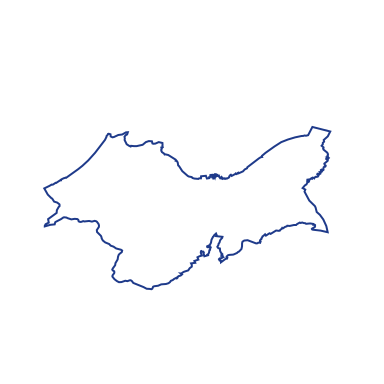 the district of Mueang Chon Buri, Chon Buri, Thailand, rotated 71°
{"feature_id": "78962969B92456210505100", "entity_name": "Mueang Chon Buri", "entity_type": "district", "adm_level": 2, "iso_a3": "THA", "parent_name": "Thailand", "parent_adm1": "Chon Buri", "projection": "equal_earth", "projection_center": [101.0, 13.351], "detail": "fine", "context": "isolated", "style": "outline", "palette": "blue", "viewbox_px": 384, "rotation_deg": 71, "n_neighbors": 0, "source": "geoboundaries", "source_scale": "gbopen_adm2", "svg_char_len": 6046}
<svg xmlns="http://www.w3.org/2000/svg" viewBox="0 0 384 384"><g transform="rotate(71 192 192)"><path d="M262.2,144.1L261.4,143.5L261.2,143.9L259.8,143.4L259.2,141.8L258.5,141.6L257.9,140.5L257.0,139.9L256.6,138.5L255.8,136.7L257.3,136.3L256.3,132.4L256.3,132.0L257.2,131.3L255.8,125.0L257.0,122.5L257.1,121.5L256.5,120.8L256.1,119.4L255.4,118.5L255.9,118.3L256.0,117.8L255.3,115.5L255.3,113.6L254.9,112.9L255.9,110.7L256.4,106.3L257.1,104.3L256.5,103.0L256.0,100.0L256.7,99.3L256.7,97.8L257.8,96.4L258.3,95.2L259.2,94.5L260.2,90.5L261.7,87.7L262.5,88.0L262.9,86.7L263.3,86.4L264.5,86.8L265.1,87.3L265.7,90.4L265.9,90.7L266.5,90.6L267.0,90.0L270.4,82.9L274.2,76.8L267.9,76.1L260.7,76.8L255.2,78.5L251.5,80.6L246.9,80.2L245.3,80.4L238.3,83.9L228.3,85.5L226.6,84.1L224.3,86.1L222.5,83.1L222.1,81.3L220.7,80.0L220.3,78.1L219.2,77.3L218.8,77.8L218.8,79.3L217.9,78.9L218.4,76.4L218.1,75.3L218.5,74.4L217.8,74.3L217.7,73.1L218.9,72.0L218.2,71.3L217.9,69.8L218.3,69.3L218.4,68.0L217.7,67.1L217.1,67.1L216.1,67.8L215.6,67.4L215.7,66.7L216.7,65.8L216.4,64.6L214.8,64.7L215.2,63.8L215.0,62.6L214.6,62.2L213.6,63.1L213.2,63.0L213.0,62.1L214.0,60.8L213.8,60.4L212.9,60.3L211.5,59.5L211.3,59.0L211.4,57.7L211.1,57.3L210.5,57.0L209.5,57.7L208.2,57.6L206.8,53.8L206.5,53.7L206.4,53.4L205.4,52.9L205.3,53.7L204.9,54.0L204.6,52.7L203.9,53.6L203.7,53.2L203.6,52.2L203.0,52.8L203.0,52.1L202.3,51.8L201.9,52.2L200.6,51.1L198.8,51.3L194.8,53.8L193.7,53.9L193.1,53.2L192.6,53.1L190.5,54.4L189.5,52.8L188.1,52.3L187.4,50.7L185.7,50.5L183.6,45.5L179.8,41.6L169.7,57.0L176.1,63.7L175.9,65.9L175.2,67.2L175.2,68.5L174.7,70.3L173.9,76.8L173.6,84.3L173.9,91.4L175.8,99.2L178.9,109.7L180.6,114.1L181.1,114.5L181.7,114.4L181.5,115.7L182.0,117.8L186.6,131.6L187.5,132.3L187.8,134.7L189.1,137.1L189.5,141.7L188.8,141.9L188.9,142.4L189.4,142.5L189.5,144.3L188.7,144.6L189.1,145.5L189.7,149.2L188.3,149.6L188.3,150.1L188.9,150.5L189.3,151.7L190.2,152.1L190.4,152.6L190.7,154.7L190.3,155.1L190.4,156.3L189.9,156.5L189.9,157.2L189.4,157.4L189.5,158.6L187.3,159.2L187.5,159.8L188.6,159.9L188.3,160.2L188.3,160.8L185.7,161.6L185.4,161.4L185.3,162.1L184.1,162.3L184.0,163.0L183.0,163.5L182.6,164.6L183.0,165.0L183.3,163.9L185.1,163.7L185.3,164.8L184.9,165.0L185.2,165.2L184.0,165.1L183.7,165.7L183.0,165.7L182.7,166.3L183.5,166.6L183.7,166.4L184.0,166.7L184.6,166.6L187.1,167.6L185.1,167.3L185.0,167.5L184.9,167.3L183.3,167.5L183.2,167.9L183.7,168.2L182.3,167.7L183.1,168.3L183.0,168.5L182.2,168.2L182.1,168.8L182.5,168.9L182.0,168.9L182.0,169.2L183.7,169.7L183.6,171.0L184.5,171.2L184.1,173.5L181.2,173.6L180.1,178.3L182.0,179.1L181.4,180.8L181.7,181.7L180.1,185.3L178.9,187.0L177.8,187.4L176.3,190.0L175.4,190.8L169.1,194.4L163.4,195.8L162.4,196.4L159.4,195.9L158.0,196.2L157.2,197.2L156.8,196.7L156.0,197.0L149.3,202.4L147.6,205.1L147.6,205.7L146.6,205.9L144.5,207.4L143.1,207.6L142.2,207.1L142.0,207.3L141.0,206.7L140.8,206.3L140.1,206.4L140.3,205.5L140.1,205.0L138.8,205.1L138.2,204.6L136.0,204.0L134.0,207.2L134.3,210.9L133.8,212.9L133.2,213.6L131.0,213.4L129.8,216.3L129.8,219.4L131.3,223.3L130.6,229.4L129.7,232.0L128.5,234.6L129.0,235.2L127.9,236.4L125.6,238.2L120.9,238.8L119.5,238.1L117.7,237.8L116.5,235.8L116.6,235.1L116.3,234.5L114.6,233.2L114.1,235.0L114.9,239.2L114.1,243.1L114.6,247.9L114.4,249.4L113.0,250.8L110.9,250.3L109.8,251.8L109.8,252.5L110.2,252.7L111.3,254.6L112.1,255.0L114.4,257.3L123.4,270.9L128.4,279.9L131.6,287.2L133.4,292.3L137.6,306.4L137.2,306.9L137.4,307.8L137.2,308.3L137.4,310.4L137.7,312.0L138.3,312.1L138.1,313.2L139.2,317.5L138.9,317.9L139.7,321.0L139.5,322.2L139.3,322.4L139.8,324.7L140.5,330.5L147.5,329.2L151.8,327.1L152.8,326.3L156.2,325.5L158.1,322.9L160.4,321.4L161.1,321.4L162.3,321.9L162.8,323.0L165.2,325.7L167.7,326.8L170.8,336.9L174.3,337.4L174.8,340.9L176.0,342.2L176.6,342.4L176.9,336.7L177.9,332.4L176.1,331.2L175.9,330.8L175.0,324.7L174.2,321.9L174.3,321.1L175.3,319.0L176.2,318.2L178.6,315.0L179.2,311.6L180.3,309.2L181.2,308.6L182.9,308.7L183.9,307.5L184.2,306.1L184.1,304.4L184.8,303.4L185.9,298.7L187.4,296.3L187.6,293.4L188.5,292.1L189.2,291.6L191.7,290.8L193.2,290.8L194.7,291.4L197.0,294.4L198.9,294.8L203.8,292.4L205.3,292.3L206.5,292.5L208.8,292.1L211.4,290.5L214.3,287.2L216.2,286.4L218.1,284.0L220.7,282.1L223.5,277.9L224.6,277.1L226.0,278.0L226.9,280.6L227.5,281.7L229.1,283.0L231.6,284.3L234.3,287.5L236.2,288.5L238.3,291.5L239.3,292.6L240.3,292.5L241.6,291.4L242.5,291.5L243.4,292.0L245.0,294.3L246.1,294.8L249.2,293.7L251.8,292.0L253.5,290.4L254.2,288.0L254.2,284.0L255.3,282.0L255.2,279.8L255.5,278.7L256.5,277.9L258.9,277.1L266.1,268.8L268.7,266.4L269.8,263.7L270.7,262.0L270.5,261.0L268.9,259.6L268.8,258.5L269.6,254.5L269.3,251.2L270.5,246.6L270.6,244.0L270.1,242.3L269.1,240.9L269.0,238.9L268.4,237.3L268.0,234.6L268.7,234.4L268.3,233.5L267.5,233.0L267.2,232.0L267.3,229.9L266.7,228.3L265.4,229.1L265.6,228.6L265.1,227.2L264.8,225.4L264.9,221.1L263.3,219.0L262.5,216.5L260.8,215.9L259.2,216.1L260.0,212.0L258.0,212.2L258.0,208.0L255.5,208.1L255.2,206.0L255.3,203.6L254.8,204.0L254.3,203.3L252.4,203.5L250.9,202.8L250.9,202.4L251.5,202.4L252.1,200.7L253.1,200.6L253.2,201.0L256.8,201.2L257.0,197.6L256.2,197.8L256.0,196.8L254.8,195.6L252.7,194.5L252.6,193.8L251.5,193.3L250.4,192.3L250.1,192.4L249.7,193.2L249.5,194.9L249.0,195.5L248.3,195.4L247.9,192.1L247.4,191.9L246.2,190.6L243.5,189.1L241.2,186.7L241.0,186.1L240.2,185.3L239.1,182.8L240.9,182.7L241.6,183.5L244.3,177.8L245.2,178.4L246.4,180.6L247.3,181.5L248.7,182.4L249.7,183.8L250.6,184.2L252.1,185.9L253.7,185.4L254.5,184.0L256.8,184.6L258.8,184.4L260.3,183.7L260.5,184.4L261.9,185.0L262.1,183.8L262.8,183.8L263.4,184.3L263.8,183.9L264.3,186.7L263.9,186.8L263.8,187.5L264.3,188.4L265.8,188.2L266.5,187.1L267.9,187.5L266.1,181.9L266.4,180.6L265.7,180.0L265.0,180.5L264.3,180.3L263.5,178.5L263.6,177.2L264.6,173.5L264.6,172.7L264.3,169.3L263.8,168.3L263.6,166.9L262.0,163.8L259.7,162.4L256.7,161.3L255.4,160.4L254.9,158.4L255.7,155.1L261.5,148.1L261.8,146.7L261.5,146.0L261.7,144.9L262.2,144.1Z" fill="none" stroke="#1e3a8a" stroke-width="2"/></g></svg>